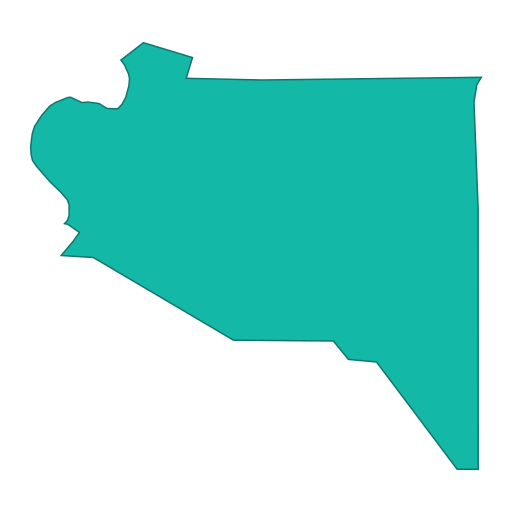 Hickman, Kentucky, United States of America (Albers equal-area conic projection)
{"feature_id": "52423323B69362371479098", "entity_name": "Hickman", "entity_type": "district", "adm_level": 2, "iso_a3": "USA", "parent_name": "United States of America", "parent_adm1": "Kentucky", "projection": "albers", "projection_center": [-89.075, 36.65], "detail": "fine", "context": "isolated", "style": "filled", "palette": "teal", "viewbox_px": 512, "rotation_deg": 0, "n_neighbors": 0, "source": "geoboundaries", "source_scale": "gbopen_adm2", "svg_char_len": 739}
<svg xmlns="http://www.w3.org/2000/svg" viewBox="0 0 512 512"><path d="M481.3,77.3L261.7,80.0L186.2,78.3L192.5,57.6L143.4,42.7L120.9,60.1L124.4,64.7L128.6,74.1L129.5,78.7L128.9,85.8L125.9,97.0L122.1,104.2L117.8,108.7L112.9,108.8L106.9,108.4L99.0,103.5L88.0,102.1L82.0,102.6L70.5,97.2L67.9,97.5L55.8,102.3L50.0,105.9L41.8,115.2L34.5,126.5L32.2,134.1L30.7,146.3L31.1,154.5L32.5,160.4L36.5,166.3L50.1,181.9L61.1,192.5L67.3,199.8L69.1,204.7L69.1,215.3L67.4,220.6L64.5,223.6L68.2,224.5L79.4,232.5L73.0,241.5L61.2,255.5L93.3,257.5L233.5,340.2L333.4,341.0L348.4,359.4L376.5,362.0L457.1,469.2L457.4,469.2L465.9,469.3L466.3,469.3L478.2,469.3L478.1,208.2L474.0,102.3L476.8,84.8L481.3,77.3Z" fill="#14b8a6" stroke="#0f766e" stroke-width="1.5"/></svg>